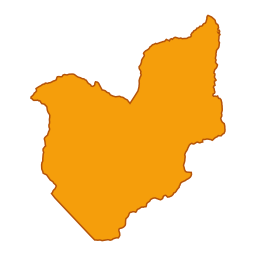 outline of Conquista D'Oeste, Mato Grosso, Brazil
{"feature_id": "56859067B92775034957558", "entity_name": "Conquista D'Oeste", "entity_type": "district", "adm_level": 2, "iso_a3": "BRA", "parent_name": "Brazil", "parent_adm1": "Mato Grosso", "projection": "albers", "projection_center": [-59.304, -14.62], "detail": "fine", "context": "isolated", "style": "filled", "palette": "amber", "viewbox_px": 256, "rotation_deg": 0, "n_neighbors": 0, "source": "geoboundaries", "source_scale": "gbopen_adm2", "svg_char_len": 5736}
<svg xmlns="http://www.w3.org/2000/svg" viewBox="0 0 256 256"><path d="M138.0,90.9L134.7,96.2L130.0,103.4L128.2,101.2L127.4,100.0L125.2,98.9L124.4,98.4L123.5,97.6L122.3,97.2L120.9,97.0L119.7,96.3L118.6,96.4L115.6,96.8L114.1,96.4L112.8,96.0L111.5,95.4L110.2,94.8L109.3,93.2L106.7,92.2L106.1,91.5L105.1,90.7L103.6,90.2L102.1,90.0L101.7,89.1L101.0,87.9L99.8,85.6L99.2,84.5L98.7,83.4L98.0,82.6L97.2,82.1L95.5,81.8L94.9,83.1L94.8,84.5L94.4,85.4L92.8,86.4L91.3,86.1L90.5,84.7L88.4,83.4L87.6,82.4L86.2,80.2L85.3,80.0L84.5,79.2L83.5,78.8L82.3,78.7L80.3,77.7L78.4,77.2L76.9,76.4L76.1,75.8L75.3,75.2L74.4,74.5L73.1,74.1L71.5,74.1L69.2,74.2L68.2,74.5L67.2,74.9L65.9,74.8L64.6,74.5L63.0,75.1L62.1,76.6L60.7,76.8L59.3,76.6L58.2,76.6L57.3,76.8L56.6,78.3L56.4,79.7L54.7,80.7L53.4,81.0L52.0,81.8L50.9,82.4L50.0,82.7L48.9,82.8L47.7,83.4L46.3,83.2L45.3,83.1L44.6,84.0L43.5,84.1L42.5,84.5L41.5,85.2L40.7,85.8L39.5,86.3L37.3,87.7L36.0,88.6L36.4,89.7L36.5,91.1L35.4,92.3L34.2,93.2L33.7,94.4L32.6,95.6L31.0,97.0L31.0,98.3L32.1,98.8L32.9,99.8L33.9,100.4L35.0,100.3L36.6,100.3L37.7,100.1L38.6,100.8L39.7,100.7L40.9,102.4L41.8,103.6L43.3,103.9L44.8,104.4L45.4,105.5L46.3,106.0L46.9,107.0L47.2,109.3L47.4,110.5L48.2,112.5L49.4,114.3L49.8,115.5L49.7,117.6L49.5,118.6L49.4,119.9L49.6,121.9L49.5,123.4L48.9,124.9L49.0,127.1L49.5,128.2L49.6,129.2L49.4,130.3L48.6,131.7L48.2,133.2L47.8,134.1L47.6,135.1L46.7,135.8L45.2,137.2L44.6,138.0L44.3,138.9L44.7,140.3L45.0,141.8L45.2,143.5L45.3,144.6L45.6,146.0L44.8,146.6L44.2,147.5L43.2,148.7L43.0,150.0L43.2,151.1L43.7,152.3L43.3,153.6L43.1,154.9L42.8,158.8L42.8,160.8L42.4,161.9L41.9,162.7L41.8,163.8L41.6,164.7L41.7,167.7L41.8,169.1L42.9,171.8L43.1,173.1L44.3,173.8L45.4,174.3L46.6,174.8L47.4,175.9L48.2,177.1L50.3,180.0L52.9,181.7L53.7,183.1L55.5,184.7L56.3,186.0L55.7,187.4L55.1,188.7L54.0,189.7L53.0,191.0L52.5,192.5L51.5,193.5L55.0,198.0L90.0,235.2L94.7,240.0L96.1,240.0L97.8,240.2L99.5,240.0L100.6,240.1L101.6,240.5L102.5,240.6L103.9,240.3L106.6,239.9L107.7,239.7L109.0,239.8L110.0,240.2L111.0,240.0L112.2,239.6L113.3,238.7L114.5,238.4L115.9,237.9L117.1,237.8L118.4,237.9L119.2,236.6L119.8,235.3L119.7,233.8L119.5,232.5L119.0,231.3L118.8,230.1L119.0,229.1L119.9,228.4L121.4,228.1L122.7,227.6L124.0,226.7L124.8,225.8L125.3,225.0L125.5,223.7L125.5,222.5L125.7,219.8L126.0,218.5L126.8,217.9L128.0,216.6L128.7,215.2L129.0,214.1L129.5,213.1L130.4,212.3L131.7,212.1L132.9,211.6L134.5,211.8L135.8,212.2L136.6,211.1L137.0,210.0L138.0,209.1L139.5,208.5L140.7,207.5L142.0,207.0L143.2,207.2L144.3,206.8L146.0,206.7L146.4,205.6L146.7,203.6L147.9,202.4L149.1,201.6L149.9,200.9L150.5,199.6L151.5,199.0L153.0,198.2L155.2,197.9L156.3,198.4L157.9,198.9L158.9,199.3L160.5,199.8L161.7,199.2L162.6,198.5L163.4,196.3L164.4,195.6L165.5,195.3L166.3,195.7L167.5,197.1L169.2,196.9L171.6,195.9L173.1,194.4L173.7,193.0L174.7,192.7L175.5,192.0L176.4,190.9L176.9,189.9L178.1,188.4L179.1,187.4L179.2,186.2L179.8,185.4L180.2,184.1L180.8,182.9L182.2,181.9L183.4,181.4L185.6,180.4L186.4,179.6L187.8,179.0L189.4,177.9L190.3,177.1L190.9,176.2L191.5,174.5L191.3,172.4L186.8,172.1L185.5,171.4L184.6,169.8L184.1,167.5L183.5,165.6L183.8,164.1L184.3,162.7L184.8,160.8L184.9,159.0L185.1,157.2L185.1,155.9L184.7,155.0L185.1,153.5L185.7,152.1L186.6,150.8L187.4,149.4L187.9,147.9L188.6,146.6L189.3,145.1L190.4,144.0L191.9,143.3L192.8,143.9L193.8,144.0L195.2,143.2L196.4,142.4L197.3,142.1L198.3,142.3L199.2,142.8L200.3,142.7L201.3,142.2L202.7,142.0L202.5,140.5L203.2,139.4L204.4,139.5L205.7,139.3L206.7,139.0L208.3,139.1L209.6,139.4L211.1,139.6L212.2,140.3L213.2,139.6L214.1,138.6L215.1,137.8L216.1,137.2L217.5,136.6L218.3,135.6L219.8,135.8L221.2,135.8L221.9,134.9L222.8,134.0L224.0,133.4L224.9,131.3L225.0,129.6L224.8,128.2L224.8,126.6L224.6,125.2L224.2,123.6L223.1,122.8L222.3,122.1L221.7,121.2L221.2,120.1L220.7,118.4L221.2,117.2L221.8,116.1L221.8,114.6L221.4,113.3L221.8,111.9L222.2,110.5L222.2,108.9L222.1,107.2L222.1,105.9L221.8,104.3L221.8,102.8L221.0,99.7L219.8,98.4L218.7,98.4L218.1,97.4L217.6,96.0L216.3,96.5L215.2,96.1L213.7,96.3L212.8,95.4L213.3,93.8L214.5,93.2L214.9,92.0L214.4,90.7L214.2,88.9L213.4,87.2L213.8,86.0L215.0,85.4L214.4,82.5L214.5,81.1L215.4,80.8L216.1,80.1L215.3,78.9L214.5,77.5L214.5,76.1L214.9,75.2L214.9,73.9L214.0,73.2L214.0,71.9L214.5,70.7L214.7,69.6L215.9,68.5L216.7,67.3L217.2,66.0L217.5,64.9L215.6,62.6L215.6,61.3L216.1,60.0L215.4,58.6L215.6,57.1L216.1,55.0L215.9,53.7L216.3,52.2L216.4,50.6L217.1,49.5L217.9,48.6L218.7,47.4L219.1,45.6L219.2,44.1L219.5,42.7L218.9,41.6L218.6,40.2L218.9,38.9L219.0,36.0L219.6,35.2L220.0,34.3L218.6,33.5L217.9,32.3L219.4,32.5L219.7,31.4L219.3,30.2L218.2,30.2L217.8,28.9L218.6,27.9L218.1,25.2L217.4,24.3L216.1,23.6L215.4,21.7L215.2,20.5L214.6,19.6L211.6,17.0L208.0,15.4L207.3,16.1L206.9,17.2L206.9,18.6L206.0,21.9L205.3,23.1L203.9,23.6L202.9,24.5L202.5,25.6L201.3,26.2L199.8,26.3L198.9,27.5L197.7,28.1L196.8,28.2L196.3,29.4L195.2,30.2L193.7,30.9L193.2,32.0L192.3,32.5L190.9,34.8L191.3,35.8L190.7,36.8L189.6,37.2L188.3,37.4L187.5,38.1L186.6,38.4L185.5,38.5L184.1,38.5L182.2,38.7L180.8,38.0L179.8,38.3L178.7,38.5L177.9,38.0L176.9,37.8L175.6,37.3L174.5,37.5L173.3,38.3L172.4,39.3L171.5,38.7L170.3,39.2L169.4,40.9L168.2,40.2L167.2,39.9L166.3,39.4L165.4,40.5L164.5,41.4L163.6,41.5L162.6,41.7L161.4,42.2L159.9,42.6L159.0,43.0L156.8,43.8L155.6,43.4L154.3,44.2L152.9,44.6L152.1,45.1L151.3,46.0L149.9,47.0L149.3,48.3L148.4,49.2L147.0,50.1L145.7,50.8L144.6,51.8L143.9,52.6L143.5,53.6L144.1,54.5L144.3,55.8L143.6,57.0L142.7,58.2L141.9,59.6L141.5,60.9L141.5,62.0L140.7,64.4L140.0,65.6L139.1,66.6L139.1,67.7L139.3,68.8L140.1,70.0L140.9,71.5L140.6,73.4L141.2,74.8L140.8,75.9L140.2,77.1L139.7,78.4L139.1,80.6L139.3,83.7L139.1,85.4L139.0,86.9L138.0,90.9Z" fill="#f59e0b" stroke="#b45309" stroke-width="1.5"/></svg>